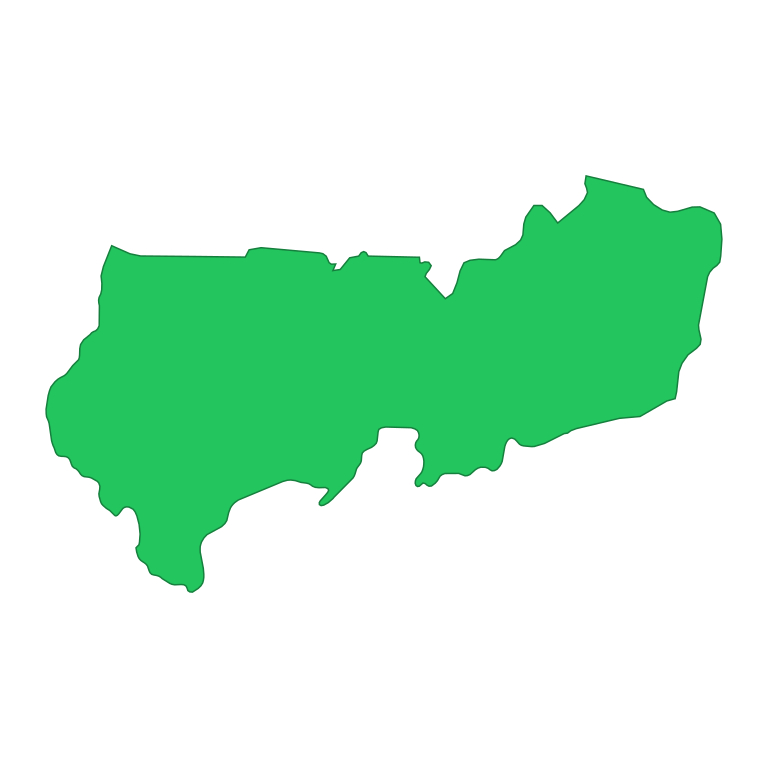 Upper East, Robinson projection
{"feature_id": "GHA-2156", "entity_name": "Upper East", "entity_type": "Region", "adm_level": 1, "iso_a3": "GHA", "parent_name": "Ghana", "parent_adm1": "", "projection": "robinson", "projection_center": [-0.916, 10.731], "detail": "fine", "context": "isolated", "style": "filled", "palette": "green", "viewbox_px": 768, "rotation_deg": 0, "n_neighbors": 0, "source": "natural_earth", "source_scale": "10m", "svg_char_len": 4248}
<svg xmlns="http://www.w3.org/2000/svg" viewBox="0 0 768 768"><path d="M643.4,189.4L646.6,197.3L653.6,204.6L662.2,210.0L670.0,212.2L677.7,211.3L692.1,207.1L700.0,206.9L714.2,213.0L720.6,224.2L721.9,239.1L720.7,256.2L719.7,262.2L716.8,265.5L713.1,268.2L709.7,272.2L707.6,276.7L698.5,325.1L698.9,329.7L701.0,339.2L700.2,344.3L696.6,348.2L688.0,354.8L682.0,363.3L678.8,371.7L676.6,391.9L675.1,398.7L674.9,398.7L666.8,401.0L640.0,416.5L619.5,418.3L576.3,428.6L570.8,430.7L567.6,433.1L564.1,433.6L544.6,443.4L534.2,446.5L531.4,446.6L523.7,445.9L521.3,445.3L519.4,444.1L516.3,440.6L514.6,439.0L511.7,438.0L509.6,438.6L507.9,440.0L506.6,441.9L505.6,444.1L504.8,446.5L502.2,461.3L501.3,463.6L499.8,466.1L497.0,469.3L494.4,470.6L492.0,470.8L490.1,469.8L488.1,468.3L485.4,467.3L480.8,467.2L478.0,468.1L475.4,469.7L470.0,474.5L467.4,475.6L465.0,475.8L458.7,473.4L444.9,473.5L442.1,474.6L440.1,476.1L437.4,480.7L435.3,483.1L431.5,486.0L429.0,486.2L426.9,485.1L425.3,483.6L423.0,483.0L419.3,486.2L417.5,486.5L416.0,485.5L415.2,483.3L415.4,480.9L416.2,478.7L420.6,473.7L421.9,471.8L422.8,469.4L423.5,466.8L423.8,464.1L423.9,461.1L423.5,458.4L422.8,455.9L421.6,453.9L420.0,452.4L418.2,451.1L416.7,449.5L415.6,447.5L415.3,445.1L415.7,442.9L416.6,441.1L418.0,439.5L418.9,437.5L419.1,435.0L418.5,432.6L417.4,430.5L414.9,428.9L411.2,427.7L385.8,427.0L381.5,427.8L378.8,429.4L378.1,431.9L377.1,440.9L376.2,443.3L374.2,445.4L371.6,447.3L367.0,449.4L364.2,451.0L362.3,453.0L361.7,455.5L361.3,460.8L360.6,462.9L359.7,464.4L357.8,466.9L356.6,468.7L355.1,473.7L354.2,476.0L353.0,478.0L336.2,495.0L334.2,497.0L332.9,498.6L328.3,502.6L323.8,505.1L321.1,505.6L319.4,504.6L319.3,502.6L320.3,500.8L325.4,495.1L325.5,495.0L325.6,494.9L327.7,492.3L328.6,490.5L328.0,488.7L325.4,487.5L319.0,487.7L315.2,487.3L312.5,486.2L310.8,484.9L308.8,483.7L306.4,483.1L301.0,482.4L295.3,480.6L290.7,480.0L287.5,480.2L282.7,481.5L238.3,500.0L234.7,502.6L233.2,504.1L231.7,505.9L230.5,507.8L228.7,512.4L226.8,520.5L224.9,523.5L221.6,526.6L207.0,534.6L204.0,537.8L201.6,541.8L200.8,544.1L200.2,546.6L200.1,549.3L200.2,552.1L203.3,568.3L203.8,574.2L203.8,577.3L203.4,580.2L202.7,582.9L200.9,585.8L198.2,588.4L192.5,592.1L189.8,591.9L187.9,590.6L187.1,588.2L186.1,586.1L184.1,584.8L181.3,584.5L174.6,584.8L172.0,584.3L169.8,583.4L162.3,578.7L160.6,577.2L158.7,576.1L156.4,575.4L154.0,575.0L151.7,574.3L150.1,572.8L149.1,570.7L147.5,566.0L146.1,564.2L144.4,562.8L142.5,561.6L140.7,560.3L139.2,558.6L138.1,556.6L136.7,552.1L136.0,547.8L139.0,544.7L139.5,542.0L140.1,534.1L139.1,524.4L136.9,515.9L135.1,511.8L133.1,509.2L129.1,507.1L126.7,506.8L124.6,507.3L122.8,508.5L118.8,513.8L117.4,515.2L116.2,515.8L115.3,515.8L114.3,515.0L109.9,510.6L106.3,508.3L103.1,505.5L101.6,503.8L100.6,501.6L99.2,496.6L98.9,493.8L99.7,489.3L99.9,486.2L98.8,483.0L97.3,481.3L91.3,477.9L89.0,477.2L84.0,476.6L82.0,475.6L80.6,474.2L78.9,471.6L77.7,470.2L76.1,468.8L74.1,467.9L72.4,466.4L71.4,464.2L70.6,461.8L69.7,459.5L68.3,457.8L66.3,456.7L63.7,456.4L61.2,456.3L58.7,455.8L57.0,454.5L55.7,452.5L54.1,447.7L53.1,445.6L52.3,443.2L51.6,440.7L49.2,423.7L48.5,421.2L46.6,416.8L46.2,413.6L46.1,409.1L48.2,395.5L49.5,390.8L51.0,386.9L55.0,381.8L57.8,379.3L60.3,377.7L64.4,375.6L66.7,373.6L72.7,365.6L78.6,359.7L79.3,357.7L79.6,354.9L79.8,348.7L80.6,344.5L83.7,339.8L90.1,334.6L91.5,332.9L93.4,331.7L95.7,330.8L97.7,328.9L99.2,325.7L99.4,305.6L98.8,302.8L98.6,300.1L99.1,297.4L100.8,293.9L101.7,289.9L101.9,283.4L101.1,276.0L103.4,266.6L111.7,245.7L115.9,247.6L130.0,253.8L140.6,256.0L194.4,256.5L245.3,257.1L249.1,249.8L261.1,247.7L319.4,252.9L322.9,253.7L326.2,256.2L329.1,262.7L331.3,264.2L335.7,264.0L332.9,270.6L340.2,269.5L349.7,257.8L358.7,256.1L361.2,252.7L363.7,251.6L366.0,252.6L368.2,256.1L416.4,257.2L419.4,257.2L420.0,262.7L421.8,263.1L424.8,261.9L428.7,262.3L431.2,265.7L429.4,269.5L426.3,273.4L425.0,276.7L445.3,298.7L452.7,293.5L457.0,282.7L460.1,270.9L464.0,262.8L470.0,260.3L478.8,259.2L495.3,259.8L496.8,259.3L498.2,258.5L499.4,257.4L500.5,256.2L504.5,250.6L515.6,244.7L520.6,240.1L522.9,235.0L523.8,224.1L525.8,217.1L533.9,205.5L542.1,205.5L550.1,212.8L557.7,223.0L578.9,205.6L584.2,199.7L587.5,192.6L586.6,188.2L584.9,183.7L586.1,175.9L643.4,189.4Z" fill="#22c55e" stroke="#15803d" stroke-width="1.5"/></svg>